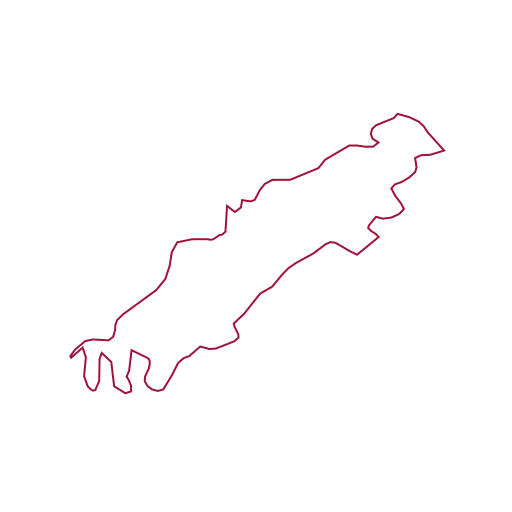 the border of Cremona, rotated 114°
{"feature_id": "ITA-5447", "entity_name": "Cremona", "entity_type": "Province", "adm_level": 1, "iso_a3": "ITA", "parent_name": "Italy", "parent_adm1": "", "projection": "natural_earth1", "projection_center": [10.091, 45.216], "detail": "fine", "context": "isolated", "style": "outline", "palette": "rose", "viewbox_px": 512, "rotation_deg": 114, "n_neighbors": 0, "source": "natural_earth", "source_scale": "10m", "svg_char_len": 2204}
<svg xmlns="http://www.w3.org/2000/svg" viewBox="0 0 512 512"><g transform="rotate(114 256 256)"><path d="M213.7,164.2L213.4,172.5L211.6,188.6L213.0,193.6L217.1,197.3L230.4,204.7L245.9,216.5L253.7,221.3L261.8,224.4L277.4,228.7L288.6,236.9L313.7,243.4L313.8,243.4L313.9,243.5L314.1,243.5L314.4,243.7L314.6,243.8L314.8,243.9L315.1,244.0L315.3,244.1L315.6,244.2L315.9,244.3L316.2,244.4L316.5,244.6L316.9,244.7L317.2,244.9L317.6,245.0L317.9,245.2L318.3,245.3L318.7,245.5L319.1,245.6L319.5,245.8L319.9,246.0L320.2,246.1L320.6,246.3L321.0,246.5L321.4,246.6L321.8,246.8L322.2,247.0L322.6,247.1L322.9,247.3L323.3,247.4L323.6,247.6L324.0,247.7L324.3,247.8L324.6,248.0L324.9,248.1L325.2,248.2L325.4,248.3L325.7,248.4L325.9,248.5L326.1,248.6L326.3,248.7L326.5,248.8L326.8,248.9L329.4,246.7L334.9,240.2L337.7,238.8L342.9,241.3L356.9,255.0L359.9,260.7L361.4,270.1L374.6,276.3L378.7,280.5L385.5,283.7L398.3,284.2L415.6,286.4L419.2,290.8L420.2,296.5L418.9,302.3L415.6,306.7L411.6,308.3L402.5,308.2L398.3,309.0L395.2,310.4L393.8,311.8L393.2,314.2L392.7,331.4L412.2,325.3L418.9,325.1L420.6,322.4L425.2,317.5L430.5,315.0L434.5,319.5L432.7,332.6L411.7,345.1L407.3,357.5L413.5,357.1L434.0,348.4L443.9,348.3L445.2,350.0L445.0,353.0L443.4,356.8L435.9,364.1L417.8,370.2L410.2,377.1L424.1,383.5L423.1,384.9L415.0,383.2L403.2,377.4L398.6,371.0L393.0,356.4L387.9,353.6L381.0,354.6L376.3,356.4L371.1,356.8L363.1,353.6L327.6,333.2L313.8,329.5L299.9,330.9L286.8,334.5L275.5,333.5L266.7,321.2L260.5,307.5L259.7,304.3L258.2,301.9L251.6,297.7L250.1,295.5L246.2,293.8L222.0,302.8L224.4,293.2L217.8,289.5L210.6,291.4L208.4,283.3L205.3,280.0L194.3,279.3L186.6,277.3L179.8,272.0L172.4,255.7L150.3,234.7L139.9,232.0L117.2,215.8L114.0,208.6L111.6,200.3L108.4,193.4L102.5,190.3L101.5,197.0L97.8,200.8L92.7,201.6L87.6,199.4L74.0,186.3L68.6,184.5L66.8,172.4L67.1,161.9L69.2,155.6L70.5,153.6L73.3,149.2L83.1,127.1L86.8,131.2L92.6,137.9L96.8,146.2L101.8,150.5L109.9,145.3L114.6,144.8L121.8,147.9L129.1,153.0L134.1,158.3L139.3,159.8L144.5,153.1L149.3,144.4L152.9,140.0L159.4,142.3L165.7,147.9L170.3,155.2L171.4,162.3L182.2,165.3L184.8,164.9L186.3,161.2L187.1,155.6L188.8,151.7L213.7,164.2Z" fill="none" stroke="#9f1239" stroke-width="2"/></g></svg>